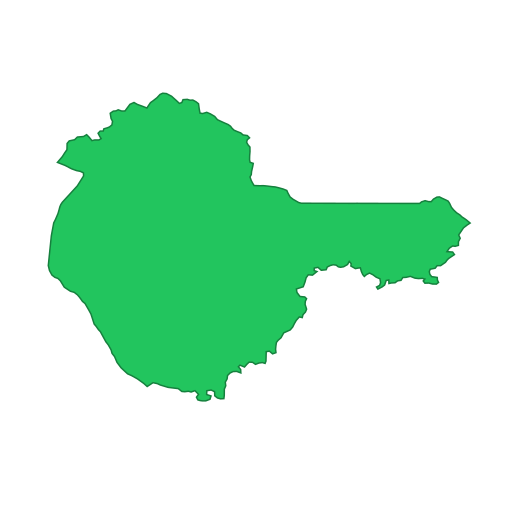 outline of Xambioá, Tocantins, Brazil, rotated 277°
{"feature_id": "56859067B21009603096166", "entity_name": "Xambioá", "entity_type": "district", "adm_level": 2, "iso_a3": "BRA", "parent_name": "Brazil", "parent_adm1": "Tocantins", "projection": "mercator", "projection_center": [-48.449, -6.599], "detail": "fine", "context": "isolated", "style": "filled", "palette": "green", "viewbox_px": 512, "rotation_deg": 277, "n_neighbors": 0, "source": "geoboundaries", "source_scale": "gbopen_adm2", "svg_char_len": 4168}
<svg xmlns="http://www.w3.org/2000/svg" viewBox="0 0 512 512"><g transform="rotate(277 256 256)"><path d="M113.2,163.9L117.7,169.2L117.3,173.7L116.3,176.7L114.9,184.8L114.9,195.0L112.5,198.9L112.6,201.8L113.5,205.4L113.1,208.2L114.9,211.8L111.7,215.8L108.6,214.1L106.1,215.8L105.7,218.2L105.7,220.7L106.1,223.8L108.2,227.8L111.6,228.4L112.5,223.9L116.3,223.6L117.5,227.8L116.3,231.4L112.2,232.1L110.4,235.0L109.9,238.2L110.5,241.5L113.7,241.5L120.0,240.8L123.5,241.8L127.0,240.9L130.5,242.3L133.9,242.3L136.7,244.5L138.5,247.3L139.1,250.9L138.1,255.2L141.5,254.6L143.9,252.0L145.7,253.4L144.4,258.1L147.5,260.2L149.8,262.1L150.1,265.5L148.4,268.7L150.1,271.9L151.0,275.3L150.5,278.1L152.9,278.7L157.1,278.3L162.3,277.8L163.2,280.9L160.9,284.4L162.5,287.6L165.8,286.8L169.1,286.7L172.7,286.8L175.0,288.2L177.9,290.8L183.1,292.9L186.8,299.0L190.0,301.1L193.5,302.3L197.0,303.8L200.8,306.4L200.5,309.4L203.5,309.8L206.4,311.9L209.4,312.7L214.0,310.6L217.1,310.5L219.8,311.4L221.3,309.4L221.2,304.6L224.8,301.1L228.2,300.1L231.2,306.6L236.1,307.8L240.5,308.4L243.7,310.2L243.9,314.4L248.0,318.4L248.6,315.5L251.1,315.3L252.3,318.9L249.8,322.5L250.9,327.3L253.8,328.1L255.6,330.9L256.7,333.6L256.7,336.7L255.3,339.0L255.1,341.3L256.0,344.3L258.7,347.9L262.0,349.2L260.0,351.4L257.6,351.4L255.6,356.2L256.4,358.6L257.0,361.0L253.4,362.5L250.6,364.2L248.9,366.0L251.1,368.0L252.9,370.8L251.6,374.4L249.6,377.9L248.5,381.8L244.7,382.9L241.9,382.3L239.9,379.4L238.0,381.0L240.8,385.1L242.9,387.2L247.6,388.2L248.4,390.7L244.9,391.3L245.7,393.5L246.4,397.3L248.6,399.6L249.5,402.9L252.5,404.3L253.1,407.5L254.6,411.7L253.4,416.4L253.4,420.0L254.1,423.9L253.7,426.4L251.6,425.0L249.6,426.9L250.2,430.8L249.7,434.6L250.1,438.5L252.0,440.4L254.2,439.0L256.8,438.5L256.9,435.9L256.9,432.9L259.0,430.8L261.6,429.9L264.1,430.5L265.7,435.3L268.5,437.0L268.9,440.4L272.8,444.8L275.0,446.0L277.0,447.5L281.6,452.8L283.9,450.7L283.6,445.0L287.3,446.9L289.9,449.9L289.9,452.5L291.2,455.6L294.9,455.2L298.5,456.5L301.6,454.6L303.9,455.8L309.2,458.5L312.4,461.7L314.8,464.5L317.4,460.5L318.5,458.5L319.8,455.8L321.6,453.4L323.4,449.7L326.0,446.3L328.2,444.0L331.9,441.7L333.9,440.0L334.7,437.8L336.1,433.4L337.0,430.9L336.5,428.4L334.1,425.2L331.3,423.3L331.0,420.6L331.5,417.1L329.9,413.7L328.1,412.0L322.5,365.8L321.0,353.4L320.6,349.7L320.2,347.0L313.9,294.5L314.3,291.8L316.8,285.9L318.8,282.6L322.4,280.0L324.8,278.6L325.8,274.8L326.5,270.1L326.9,266.7L326.8,263.7L326.8,258.2L326.7,254.7L326.2,251.3L325.7,245.5L328.0,243.7L330.3,242.1L333.7,240.4L336.2,241.4L339.3,241.3L344.2,241.8L347.6,242.0L348.3,238.7L350.6,237.9L354.5,237.5L359.0,237.3L363.4,236.7L365.4,234.5L367.8,232.8L370.4,233.2L372.5,235.2L374.5,232.7L374.6,228.4L376.3,225.9L377.2,222.3L378.2,218.9L379.9,216.6L381.7,214.9L383.1,212.3L384.3,208.2L385.7,203.8L386.6,201.1L389.5,198.0L391.5,193.4L392.6,189.6L390.9,185.7L391.0,183.0L395.1,181.7L400.1,180.4L401.8,177.6L403.1,174.3L402.6,171.6L403.1,168.7L402.3,164.5L399.3,163.7L398.1,161.4L400.6,158.0L402.4,155.4L404.3,152.7L405.3,150.0L406.3,147.3L406.2,143.6L404.7,141.1L401.0,138.4L397.4,134.8L395.4,132.6L392.3,131.0L389.6,129.7L390.8,125.0L392.0,119.7L393.5,116.2L391.2,112.4L384.0,108.3L383.5,105.1L384.3,101.4L383.0,99.4L382.4,96.7L379.9,93.9L374.8,95.4L372.2,97.2L368.5,97.0L366.3,94.9L365.1,92.8L363.7,89.5L361.4,89.1L361.0,86.1L358.6,84.3L355.7,86.3L353.6,88.0L352.0,85.9L351.5,81.7L350.5,79.1L353.6,75.9L355.8,73.1L353.6,70.3L352.3,64.2L349.3,61.8L347.5,56.6L344.7,54.8L338.5,55.4L334.7,53.4L331.1,51.7L324.7,47.5L322.6,55.6L320.1,62.2L318.9,67.4L318.6,71.3L317.5,74.6L314.4,75.1L303.8,70.1L285.7,57.2L283.3,56.0L280.8,55.3L277.7,54.9L274.0,54.3L267.8,52.5L264.2,51.2L251.2,50.4L221.2,51.0L216.4,52.8L212.2,55.8L210.3,59.0L209.6,62.1L207.6,64.8L201.7,69.5L198.4,76.1L197.8,79.9L195.7,83.5L193.7,85.7L191.9,87.4L189.8,89.3L188.0,92.1L181.9,96.7L178.4,99.2L175.0,100.8L172.6,101.9L168.7,103.7L166.7,105.9L163.7,108.6L161.9,110.8L159.9,112.2L152.5,117.5L149.8,120.2L145.2,123.6L141.8,125.0L138.9,127.9L133.5,131.0L128.6,135.7L123.4,142.9L122.2,146.9L119.6,153.3L118.0,156.2L115.8,160.2L113.2,163.9Z" fill="#22c55e" stroke="#15803d" stroke-width="1.5"/></g></svg>